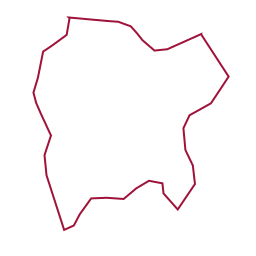 Buk-gu [North Distrikt], Daegu, South Korea (Robinson projection), rotated 184°
{"feature_id": "91817680B84202113891253", "entity_name": "Buk-gu [North Distrikt]", "entity_type": "district", "adm_level": 2, "iso_a3": "KOR", "parent_name": "South Korea", "parent_adm1": "Daegu", "projection": "robinson", "projection_center": [128.573, 35.931], "detail": "fine", "context": "isolated", "style": "outline", "palette": "rose", "viewbox_px": 256, "rotation_deg": 184, "n_neighbors": 0, "source": "geoboundaries", "source_scale": "gbopen_adm2", "svg_char_len": 652}
<svg xmlns="http://www.w3.org/2000/svg" viewBox="0 0 256 256"><g transform="rotate(184 128 128)"><path d="M31.2,186.3L61.4,226.3L61.4,226.9L94.3,209.3L107.0,207.1L119.7,216.6L125.6,223.1L132.4,229.7L137.9,231.2L145.1,233.3L156.3,233.3L194.8,234.1L194.0,233.3L195.7,216.6L209.4,205.0L218.0,198.3L219.7,185.0L221.4,171.7L224.8,156.7L221.4,146.7L216.2,136.7L204.3,115.1L209.4,95.1L206.0,75.2L184.6,21.9L175.2,27.0L170.1,38.6L159.8,55.2L144.4,56.9L127.4,56.9L115.4,68.5L103.4,76.8L89.8,75.2L88.0,65.2L72.7,50.2L57.3,76.8L60.7,95.1L69.2,110.1L72.7,131.7L67.5,145.0L47.0,158.4L38.5,173.3L31.2,186.3Z" fill="none" stroke="#9f1239" stroke-width="2"/></g></svg>